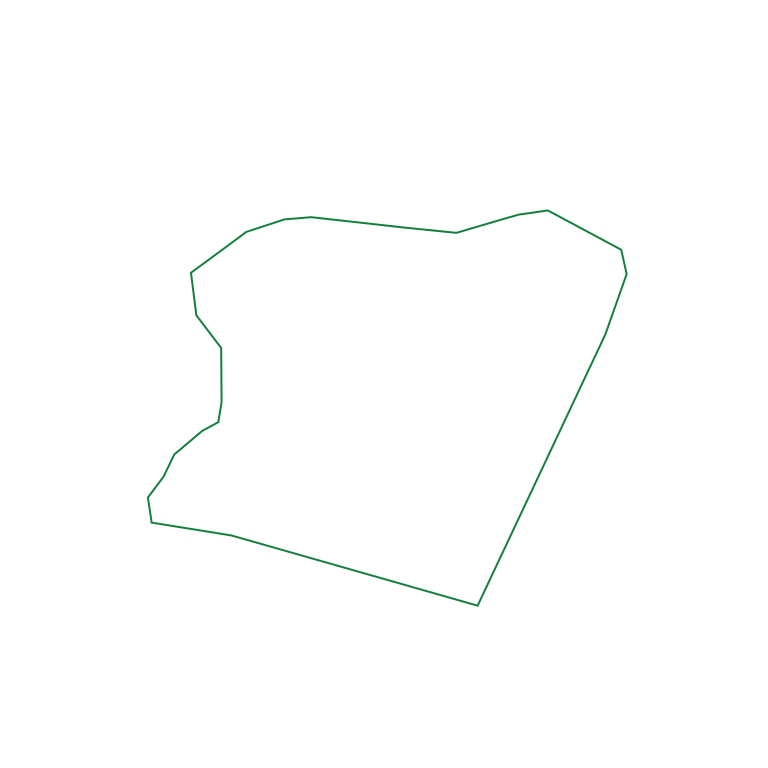 Santana do São Francisco, Sergipe, Brazil, rotated 312°
{"feature_id": "56859067B59793984348526", "entity_name": "Santana do São Francisco", "entity_type": "district", "adm_level": 2, "iso_a3": "BRA", "parent_name": "Brazil", "parent_adm1": "Sergipe", "projection": "robinson", "projection_center": [-36.636, -10.286], "detail": "fine", "context": "isolated", "style": "outline", "palette": "green", "viewbox_px": 768, "rotation_deg": 312, "n_neighbors": 0, "source": "geoboundaries", "source_scale": "gbopen_adm2", "svg_char_len": 466}
<svg xmlns="http://www.w3.org/2000/svg" viewBox="0 0 768 768"><g transform="rotate(312 384 384)"><path d="M337.5,166.1L309.5,198.6L301.8,238.9L262.0,275.3L244.8,286.4L227.6,280.3L191.2,275.3L167.6,282.2L141.7,284.5L125.5,304.1L169.3,371.9L281.9,601.9L569.0,515.3L628.0,490.8L642.5,470.5L622.6,389.6L600.0,370.8L582.8,360.0L544.8,336.7L514.4,295.2L459.2,218.2L439.6,199.8L404.9,179.9L366.8,172.2L337.5,166.1Z" fill="none" stroke="#15803d" stroke-width="2"/></g></svg>